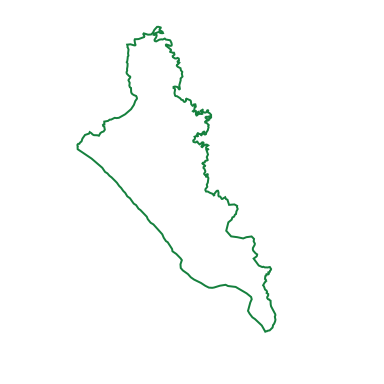 Birim South, Eastern, Ghana (orthographic projection), rotated 55°
{"feature_id": "2480657B71012260699376", "entity_name": "Birim South", "entity_type": "district", "adm_level": 2, "iso_a3": "GHA", "parent_name": "Ghana", "parent_adm1": "Eastern", "projection": "orthographic", "projection_center": [-1.125, 5.901], "detail": "fine", "context": "isolated", "style": "outline", "palette": "green", "viewbox_px": 384, "rotation_deg": 55, "n_neighbors": 0, "source": "geoboundaries", "source_scale": "gbopen_adm2", "svg_char_len": 5995}
<svg xmlns="http://www.w3.org/2000/svg" viewBox="0 0 384 384"><g transform="rotate(55 192 192)"><path d="M34.1,160.6L35.6,161.1L36.3,161.8L37.1,161.8L38.9,162.3L41.8,164.9L43.9,165.9L44.3,167.0L46.0,168.4L47.8,170.1L48.2,171.0L49.9,171.1L52.0,172.7L54.0,174.7L55.4,175.5L56.3,176.9L57.6,177.5L60.7,177.1L61.7,176.5L62.2,176.5L62.8,177.0L63.7,179.5L64.1,180.0L66.8,180.4L68.9,182.3L70.6,182.8L71.8,182.3L75.2,184.5L76.3,184.8L77.6,184.7L79.3,184.0L81.3,182.7L82.6,182.9L83.8,183.4L84.1,183.8L84.9,186.2L87.3,189.6L89.2,194.4L90.0,202.2L89.3,209.3L88.2,211.4L86.9,212.8L86.3,216.7L85.5,218.0L85.6,220.0L84.0,223.5L86.4,225.0L85.9,225.7L86.0,226.5L87.2,226.9L88.2,226.4L91.0,227.7L91.7,229.7L91.2,231.6L91.2,233.2L92.5,236.0L91.3,236.9L89.2,239.7L87.9,240.4L86.1,240.7L84.3,241.4L85.1,242.9L83.9,246.9L85.4,251.1L87.2,253.5L87.3,255.3L87.9,256.6L87.3,257.6L87.5,258.6L88.5,259.4L89.2,259.4L89.9,260.2L91.4,261.1L107.0,255.1L120.7,251.6L125.7,251.7L128.2,250.6L131.4,250.3L133.8,249.5L141.3,248.2L145.3,248.2L148.0,247.7L151.7,247.7L154.4,247.2L158.4,247.5L161.6,246.4L168.1,246.4L170.7,245.3L175.0,245.4L177.2,244.6L186.3,243.2L188.9,243.8L193.5,243.5L196.4,242.2L209.6,240.6L213.3,241.4L217.3,241.5L219.2,240.7L227.2,241.0L229.4,242.0L233.7,240.4L239.8,239.4L242.0,239.4L244.6,242.9L247.8,244.8L251.0,244.5L256.9,242.4L261.2,241.9L265.0,240.5L271.7,236.8L276.5,234.9L280.0,233.0L282.1,230.4L282.9,228.7L284.8,222.8L287.3,217.7L289.7,216.4L294.8,210.7L306.3,205.4L311.9,203.8L314.1,204.6L315.9,207.6L321.5,214.3L324.7,214.6L329.3,214.4L332.2,213.3L341.4,211.4L348.4,212.1L348.4,211.4L349.0,210.7L349.0,209.8L349.9,207.7L349.2,203.7L347.5,201.9L347.1,200.4L345.7,198.2L344.5,196.9L341.7,195.7L340.8,194.4L339.9,193.9L331.0,192.8L329.2,192.0L326.1,190.0L325.0,190.5L324.4,190.4L323.4,191.2L322.0,191.2L321.2,190.7L320.5,189.0L319.3,188.1L317.5,188.8L316.9,187.8L315.5,187.5L313.8,188.1L310.6,187.2L309.2,187.3L307.8,184.3L307.8,183.6L307.4,183.2L307.4,182.3L307.0,182.3L306.1,181.8L305.1,182.1L303.1,180.3L302.7,179.6L303.0,179.0L302.1,178.1L303.2,176.8L303.2,176.2L302.9,175.8L302.4,175.9L301.6,175.6L302.0,174.0L301.2,173.2L301.1,172.3L300.5,171.4L298.1,171.3L297.2,173.3L295.5,175.6L294.1,176.5L293.8,177.5L290.5,179.5L281.9,179.7L281.8,176.1L281.5,175.4L280.5,174.4L278.7,175.1L275.1,175.5L273.9,175.1L272.8,174.2L271.2,170.9L270.3,170.1L267.8,169.8L266.0,168.1L262.6,168.7L260.2,173.4L259.4,176.7L255.0,180.8L250.8,185.4L243.4,186.2L237.7,179.6L237.4,175.4L236.0,173.5L236.3,171.7L235.2,169.8L235.3,168.6L233.4,166.8L232.1,164.3L230.1,163.8L229.3,163.0L226.5,164.4L223.8,169.0L218.7,167.4L217.2,168.2L215.3,167.8L215.1,171.1L214.7,171.6L212.0,171.5L210.9,172.6L209.8,172.3L207.7,170.6L205.9,170.0L205.4,170.6L205.4,171.7L206.4,174.9L207.4,175.6L207.3,176.1L205.3,176.2L202.9,177.8L200.7,178.8L199.7,180.2L198.2,180.0L197.4,179.4L196.5,176.5L194.5,175.7L193.4,173.7L190.0,170.6L188.7,170.4L187.5,171.7L187.2,171.6L186.7,171.3L186.6,170.7L187.0,169.9L187.0,169.2L186.4,169.0L186.1,169.3L186.0,171.3L185.6,171.6L184.2,171.7L183.8,171.4L183.2,169.7L182.5,169.1L180.4,168.6L178.8,168.8L178.0,167.9L178.3,166.6L178.0,166.2L176.1,166.6L175.2,167.1L174.6,167.1L174.3,166.3L175.0,164.5L174.4,163.8L174.2,163.1L174.8,161.7L174.8,160.8L171.9,159.9L170.5,157.4L166.3,156.2L166.3,154.3L165.9,154.3L164.9,155.7L163.6,154.9L163.2,154.1L163.1,152.0L161.8,152.6L161.2,153.3L160.7,155.7L161.1,157.9L160.6,158.2L160.1,158.1L158.9,154.8L158.6,154.4L157.8,154.4L157.2,155.1L157.5,157.0L157.3,158.5L155.0,158.9L153.8,158.7L153.5,159.0L153.5,160.5L152.7,161.4L151.9,162.0L150.8,161.7L150.4,161.1L150.5,160.0L150.2,159.4L149.3,158.4L148.2,158.2L148.6,156.9L148.2,155.7L149.5,155.5L149.6,155.1L147.3,154.1L147.2,153.4L148.9,152.6L149.8,151.2L150.6,151.9L150.9,151.7L150.6,150.8L149.4,149.2L149.3,147.9L149.6,147.4L150.0,147.5L150.6,148.5L151.5,148.9L152.4,148.4L152.6,147.4L151.5,146.2L150.5,143.7L148.4,141.2L147.3,141.0L146.8,139.9L143.8,140.4L142.8,141.3L142.0,141.0L141.8,139.8L142.6,138.3L142.6,136.8L142.1,136.9L140.4,138.1L139.1,138.3L138.6,138.1L138.5,137.2L139.4,136.1L140.1,134.1L140.9,134.1L141.4,135.3L141.8,135.3L142.1,134.9L141.9,133.6L139.7,132.1L137.4,132.4L136.0,133.2L135.4,133.0L134.7,132.1L134.1,132.1L133.9,132.7L134.8,134.3L134.8,135.1L134.4,135.9L132.2,137.4L131.6,137.2L131.0,136.1L130.7,136.1L130.5,138.3L131.3,138.5L133.2,138.2L133.9,138.7L133.7,139.3L132.3,140.9L132.0,142.1L131.2,141.8L130.7,140.5L129.9,140.8L129.9,141.3L130.8,142.8L132.1,143.8L131.9,144.4L130.7,144.3L128.0,142.4L127.4,142.9L127.0,144.7L126.3,144.9L126.1,143.0L124.4,141.5L124.3,140.0L124.0,139.8L122.9,140.5L122.7,139.2L122.1,139.0L121.4,140.1L121.9,141.5L121.7,142.1L119.8,142.3L116.9,140.8L115.9,140.8L112.4,143.0L112.4,143.5L113.8,144.6L114.1,145.8L113.8,146.6L113.0,146.9L111.6,146.7L110.3,147.8L108.5,147.9L105.0,149.3L103.9,150.5L103.1,150.5L100.9,149.6L98.4,147.1L97.4,146.9L96.2,147.5L95.3,146.8L95.8,145.5L97.3,144.0L98.0,143.6L100.4,143.7L100.7,143.4L100.6,142.8L97.3,141.2L94.1,137.3L92.5,136.2L92.0,133.6L89.3,132.5L88.1,131.1L86.0,131.3L84.0,130.4L81.2,131.9L79.8,132.0L79.2,131.3L79.3,130.2L78.8,128.1L78.2,128.2L77.7,129.2L77.0,129.1L76.7,128.7L76.7,127.2L75.1,126.3L73.9,126.9L73.6,128.3L72.9,129.3L70.6,130.3L69.6,129.9L69.4,127.6L67.9,126.9L67.5,126.9L66.9,128.0L66.0,128.4L64.9,129.5L64.4,129.3L63.8,127.8L63.2,127.6L57.2,129.4L56.5,129.0L56.4,128.5L58.8,126.6L59.6,126.3L60.2,125.4L60.3,124.7L59.6,124.0L58.0,123.3L55.4,122.9L54.8,123.2L52.1,126.0L50.7,126.3L50.3,128.5L49.4,129.5L48.5,131.3L48.1,134.9L47.3,135.7L46.6,135.8L45.7,135.2L44.8,132.8L43.7,131.3L42.8,130.9L42.2,131.1L41.9,131.6L41.9,132.6L41.3,133.2L40.6,132.2L41.8,127.6L42.2,127.1L43.6,126.8L44.9,125.3L45.2,124.6L43.8,124.3L40.6,125.7L39.8,124.6L39.6,123.4L39.2,123.3L37.4,124.8L36.7,125.9L37.6,129.8L39.2,132.8L39.5,135.2L37.9,137.8L34.4,140.5L34.7,141.3L37.0,141.6L37.6,142.4L36.1,148.0L34.1,151.2L34.7,152.0L37.3,153.3L39.1,153.9L39.3,154.3L38.9,155.1L35.7,157.7L34.1,160.6Z" fill="none" stroke="#15803d" stroke-width="2"/></g></svg>